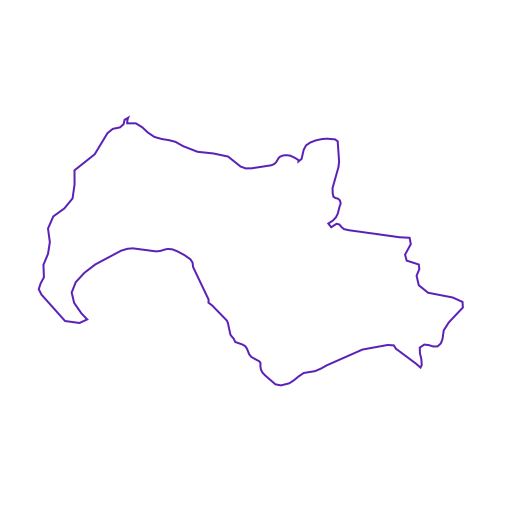 Hatay, orthographic projection, rotated 277°
{"feature_id": "TUR-2289", "entity_name": "Hatay", "entity_type": "Province", "adm_level": 1, "iso_a3": "TUR", "parent_name": "Turkey", "parent_adm1": "", "projection": "orthographic", "projection_center": [36.26, 36.42], "detail": "fine", "context": "isolated", "style": "outline", "palette": "violet", "viewbox_px": 512, "rotation_deg": 277, "n_neighbors": 0, "source": "natural_earth", "source_scale": "10m", "svg_char_len": 2133}
<svg xmlns="http://www.w3.org/2000/svg" viewBox="0 0 512 512"><g transform="rotate(277 256 256)"><path d="M377.6,112.2L377.3,112.1L374.6,111.8L372.0,112.0L373.0,120.6L369.9,127.4L365.3,133.7L361.8,140.6L360.6,148.4L360.4,155.2L359.5,162.1L356.1,170.4L352.3,185.3L352.6,201.0L351.3,216.2L342.9,229.8L341.7,235.1L342.5,240.9L347.9,260.1L349.4,262.7L351.4,264.5L355.9,266.5L357.3,267.5L358.7,269.8L359.5,272.2L359.8,274.9L359.7,278.0L357.9,283.3L356.3,286.5L355.0,286.6L357.9,289.4L367.3,290.4L371.9,292.2L375.2,296.0L375.3,296.1L378.1,301.4L380.1,307.2L381.1,312.2L381.4,320.2L379.8,323.1L359.7,327.0L354.3,327.0L332.7,323.7L327.5,324.5L324.3,325.6L323.2,327.9L322.9,330.4L321.5,332.4L319.1,333.5L317.5,333.5L315.8,333.0L308.0,332.0L304.1,330.6L300.6,328.1L297.0,323.8L293.7,327.2L297.8,332.0L297.4,335.0L295.1,337.4L293.4,340.0L292.9,345.2L292.1,396.2L292.8,406.2L286.7,408.2L275.5,403.8L269.8,406.1L267.4,418.6L262.9,419.7L256.0,417.8L246.8,421.1L240.5,431.3L238.8,456.2L235.6,466.6L234.9,466.7L230.1,467.6L213.5,455.4L205.1,451.4L196.1,451.2L191.7,450.1L188.4,447.2L187.8,443.0L188.6,438.4L188.6,433.8L185.0,429.7L179.4,430.6L173.7,432.7L168.0,433.8L165.3,432.9L168.6,428.0L181.0,406.2L184.1,403.6L183.7,397.4L176.1,373.0L156.2,339.7L152.3,334.4L148.9,328.6L145.7,317.6L141.7,313.0L137.2,308.7L133.7,304.5L130.6,296.5L131.0,290.9L138.8,279.3L141.2,276.5L144.0,274.7L147.0,273.8L150.4,273.5L151.8,272.2L155.2,263.7L157.6,261.2L162.6,258.5L165.1,256.5L166.5,253.3L168.1,245.9L171.5,243.7L172.9,242.0L174.8,240.2L186.0,236.3L188.4,234.9L201.8,218.2L203.9,214.5L206.9,214.3L237.4,194.9L241.8,193.8L244.8,191.2L248.2,184.8L251.0,177.6L252.4,172.2L252.3,167.7L251.2,164.4L249.7,161.3L248.6,157.5L248.4,155.1L248.6,132.9L247.5,127.5L244.8,121.4L228.1,97.6L218.5,87.8L208.1,80.3L197.3,77.5L187.3,81.2L177.7,89.8L172.5,96.2L168.0,89.0L168.2,74.4L191.5,47.8L196.6,44.4L202.6,45.6L209.0,48.1L221.3,46.1L232.8,49.3L244.6,49.7L257.9,46.2L270.6,50.0L279.9,60.0L290.8,66.9L304.9,67.2L318.9,65.4L337.3,83.5L359.8,93.6L364.7,98.3L367.1,105.4L370.7,108.5L375.2,109.0L377.6,112.2L377.6,112.2Z" fill="none" stroke="#5b21b6" stroke-width="2"/></g></svg>